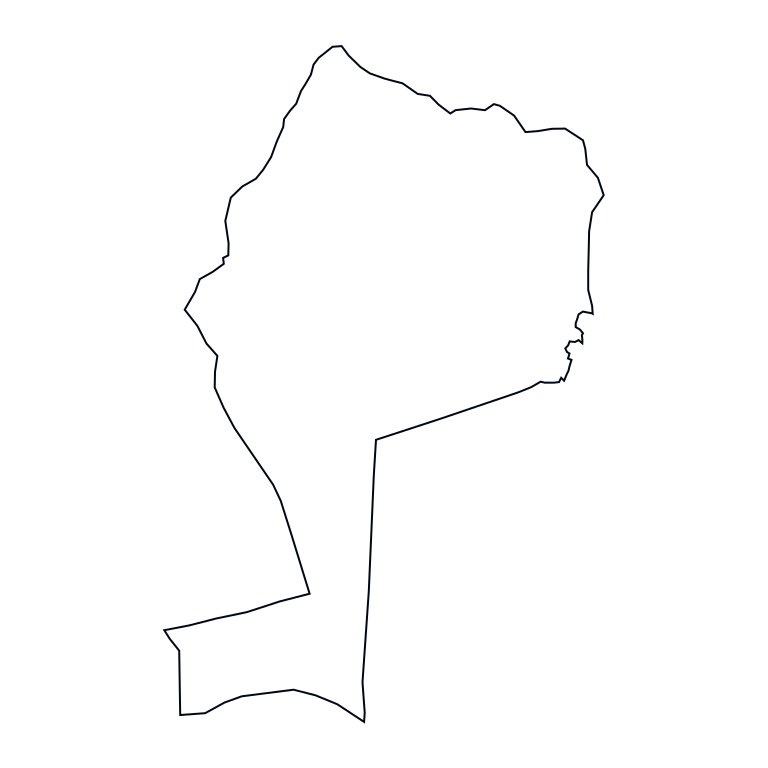 Moniatis, Limassol, Cyprus, rotated 180°
{"feature_id": "46923920B35123648291300", "entity_name": "Moniatis", "entity_type": "district", "adm_level": 2, "iso_a3": "CYP", "parent_name": "Cyprus", "parent_adm1": "Limassol", "projection": "robinson", "projection_center": [32.9, 34.886], "detail": "fine", "context": "isolated", "style": "outline", "palette": "ink", "viewbox_px": 768, "rotation_deg": 180, "n_neighbors": 0, "source": "geoboundaries", "source_scale": "gbopen_adm2", "svg_char_len": 1656}
<svg xmlns="http://www.w3.org/2000/svg" viewBox="0 0 768 768"><g transform="rotate(180 384 384)"><path d="M175.3,454.2L175.9,462.2L179.8,478.1L179.8,497.0L179.2,521.6L178.9,536.6L175.9,555.8L164.3,572.8L170.1,590.2L181.0,603.1L182.7,619.0L185.0,627.7L202.9,639.4L216.1,639.2L230.0,636.9L242.5,635.9L253.9,652.4L268.1,662.2L274.1,663.9L283.0,657.8L289.5,658.6L297.0,659.5L311.0,658.0L312.5,657.8L317.7,654.5L329.4,663.4L338.1,672.2L350.3,674.1L365.5,684.7L375.2,687.2L383.7,689.5L398.3,694.7L407.6,701.0L419.4,712.5L423.3,717.8L426.4,721.9L435.5,721.2L449.3,710.2L454.4,703.5L457.1,693.3L462.7,683.7L467.0,677.0L471.8,664.3L478.1,657.1L483.9,649.0L484.8,640.9L491.2,626.5L496.9,610.9L504.8,598.3L512.1,589.3L525.7,581.5L537.2,570.4L542.7,547.1L539.4,524.6L539.7,512.6L544.9,510.1L544.2,504.2L555.4,496.1L568.2,488.9L573.0,476.0L583.3,458.3L570.6,442.1L561.5,424.4L550.6,412.1L553.0,396.2L553.3,380.6L544.5,360.5L533.6,340.1L494.8,283.2L487.2,267.0L476.3,232.5L458.4,174.3L488.1,166.6L521.4,155.8L551.8,149.5L578.7,142.6L603.7,137.8L598.2,129.1L588.8,117.3L587.8,53.0L562.9,54.8L543.4,65.5L526.2,71.7L474.5,78.3L452.5,72.7L430.8,63.8L403.9,46.1L403.3,55.3L405.5,85.8L399.2,176.8L394.2,292.6L392.0,328.2L328.6,348.9L249.9,375.6L236.9,380.8L227.4,386.3L223.2,385.3L214.3,385.3L209.0,385.9L206.8,390.2L203.9,387.3L201.1,394.1L199.6,397.0L198.4,402.0L196.5,408.1L200.0,409.5L198.5,414.5L201.0,416.0L202.7,419.6L199.9,422.6L198.3,426.6L193.0,426.0L189.4,427.9L185.7,424.7L185.6,428.0L186.1,433.0L185.0,434.7L188.1,438.5L192.3,440.9L192.3,444.8L191.0,448.3L189.4,453.6L185.1,456.4L176.1,454.7L175.3,454.2Z" fill="none" stroke="#020617" stroke-width="2"/></g></svg>